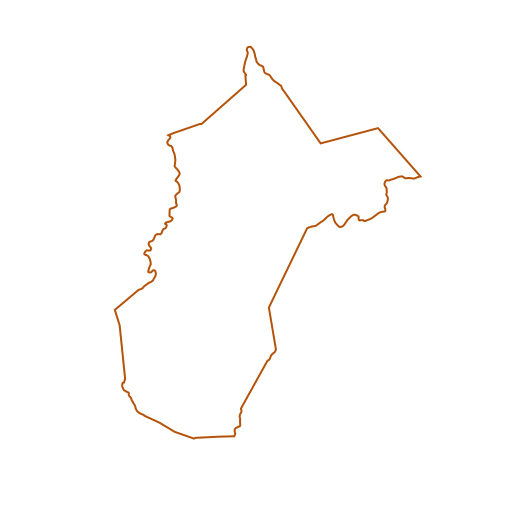 Nueva Armenia, Francisco Morazán, Honduras, rotated 201°
{"feature_id": "27666195B91464863052261", "entity_name": "Nueva Armenia", "entity_type": "district", "adm_level": 2, "iso_a3": "HND", "parent_name": "Honduras", "parent_adm1": "Francisco Morazán", "projection": "robinson", "projection_center": [-87.179, 13.75], "detail": "fine", "context": "isolated", "style": "outline", "palette": "amber", "viewbox_px": 512, "rotation_deg": 201, "n_neighbors": 0, "source": "geoboundaries", "source_scale": "gbopen_adm2", "svg_char_len": 6061}
<svg xmlns="http://www.w3.org/2000/svg" viewBox="0 0 512 512"><g transform="rotate(201 256 256)"><path d="M187.9,419.1L236.0,384.3L289.7,420.4L290.4,420.7L291.1,421.2L291.8,421.8L292.9,423.1L293.4,423.8L293.6,423.9L293.8,424.0L294.5,424.1L298.9,425.3L301.0,425.7L302.2,426.1L303.4,426.6L304.4,427.2L306.1,428.3L307.5,429.4L308.3,429.8L308.7,429.9L309.2,429.9L310.4,429.8L311.2,429.8L312.4,430.0L313.4,430.2L313.9,430.6L314.5,431.3L315.1,432.1L316.6,434.5L317.0,435.0L317.3,435.3L317.6,435.4L318.5,435.5L319.2,435.6L320.4,435.5L321.3,435.7L322.6,436.1L323.2,436.4L323.9,436.8L324.9,437.5L325.6,438.3L326.4,439.7L327.6,441.0L328.0,441.6L328.5,442.3L329.2,443.6L330.0,444.7L331.1,446.1L332.1,447.2L332.6,447.6L333.9,448.3L335.5,449.2L335.7,449.3L336.0,449.3L336.7,449.1L337.2,448.8L337.7,448.5L338.6,447.7L338.6,447.3L338.7,446.0L338.6,445.3L338.4,444.9L338.2,444.7L337.6,444.1L336.8,443.2L336.5,442.7L336.3,441.8L336.2,441.3L336.2,440.7L336.0,439.9L335.9,438.6L335.7,433.3L334.7,427.2L334.3,425.5L334.1,424.8L333.9,424.5L333.8,424.2L333.3,423.7L332.0,422.7L331.1,422.1L330.4,421.8L330.2,421.6L330.1,421.3L330.2,421.0L330.3,420.8L330.5,420.5L326.6,412.3L354.2,359.7L355.8,359.1L376.3,341.8L381.1,337.4L379.2,337.1L378.5,336.3L378.4,335.2L378.9,333.8L379.3,332.8L379.6,331.4L379.6,330.3L378.4,328.8L377.4,328.3L376.0,328.1L374.5,328.3L372.8,327.2L371.6,325.2L370.6,324.0L368.7,322.0L367.0,319.3L365.7,316.7L364.8,313.6L364.5,312.1L364.1,310.6L363.2,309.9L361.6,309.2L359.8,308.2L358.3,307.3L356.9,305.9L356.7,304.7L357.1,302.2L357.6,300.8L358.2,298.1L358.2,297.7L357.7,297.3L356.5,297.1L354.8,296.2L353.3,294.9L352.3,293.6L351.1,291.2L350.6,289.9L350.5,288.3L351.3,286.9L352.1,285.6L352.8,283.9L352.9,282.9L351.1,280.2L350.4,278.9L349.9,277.3L349.2,276.3L348.2,275.2L348.0,274.5L348.7,273.1L350.0,271.8L351.3,270.6L352.5,269.9L353.2,268.8L352.8,267.1L352.1,265.0L352.0,264.9L351.4,263.2L351.2,262.5L350.2,262.0L349.3,261.9L348.0,261.7L347.3,261.3L347.2,260.0L347.9,258.3L348.8,257.4L350.2,256.3L351.1,255.7L352.2,254.9L352.5,253.8L352.1,253.3L351.3,253.3L350.8,253.2L350.2,252.3L350.2,250.9L350.4,249.5L351.2,248.8L352.1,247.9L352.4,246.1L352.4,244.9L352.4,243.6L352.7,242.6L353.0,242.0L354.2,241.7L355.7,241.2L355.9,240.9L356.8,240.4L357.4,239.1L357.5,235.4L357.6,234.4L358.3,232.9L359.4,231.9L360.3,231.2L360.7,230.2L360.6,228.8L359.7,227.6L356.9,225.9L356.4,224.9L356.6,223.3L357.7,222.8L359.1,222.3L359.9,222.2L360.6,221.3L361.0,220.1L361.2,218.7L361.0,217.8L359.9,217.4L358.3,217.6L356.7,217.3L354.3,215.4L353.3,214.0L352.2,212.6L351.3,210.5L351.5,206.3L351.1,203.0L350.6,202.3L350.0,202.4L349.0,202.7L348.1,203.2L347.0,205.7L346.7,205.9L345.6,206.2L344.6,205.8L343.2,203.8L342.7,201.4L342.9,200.2L343.2,198.2L343.5,196.0L344.9,193.9L346.1,192.9L347.0,191.7L347.6,190.7L349.0,188.5L350.0,186.7L350.2,185.7L350.9,184.5L352.3,183.2L353.1,182.7L353.8,181.9L354.3,180.8L368.5,155.1L358.5,142.5L334.1,94.3L334.2,93.9L334.1,93.0L333.9,91.4L333.9,90.5L334.3,90.4L334.7,90.1L335.0,89.8L335.0,89.3L334.9,88.5L334.6,87.3L334.3,86.6L333.9,86.0L333.7,85.7L333.1,85.2L332.3,84.5L331.8,83.8L331.4,83.5L330.6,83.3L327.9,82.9L326.6,82.9L326.1,82.8L325.8,82.7L325.6,82.4L325.4,81.7L325.1,81.0L324.9,80.5L324.7,80.3L324.0,79.8L322.4,79.0L321.6,78.5L321.4,78.2L320.9,77.4L320.1,76.6L319.9,76.4L319.0,75.9L318.6,75.6L318.0,74.9L315.3,72.9L314.6,72.0L313.7,70.6L313.4,70.3L312.0,69.0L311.3,68.5L309.9,68.0L308.8,67.7L308.0,67.5L305.9,67.4L304.5,67.4L303.8,67.4L303.5,67.2L303.1,66.9L286.4,65.8L268.9,62.7L248.5,63.3L247.2,64.6L225.7,74.1L211.7,79.9L211.8,80.7L211.6,82.2L211.7,82.8L212.3,83.4L212.9,84.3L213.4,85.3L213.6,86.0L213.6,86.9L213.4,87.7L212.9,88.5L212.3,89.0L211.3,90.5L211.0,90.5L210.7,90.6L210.4,90.8L210.2,91.0L210.1,91.5L210.1,92.0L210.2,92.7L211.1,94.6L211.8,96.4L212.3,97.9L213.0,99.1L213.6,100.0L213.8,100.5L214.0,101.3L214.1,102.5L214.1,103.1L213.8,104.5L213.8,105.3L213.9,105.7L214.0,106.2L214.3,106.7L215.1,107.7L215.4,108.2L207.8,162.0L207.2,163.0L206.6,163.8L206.2,165.3L206.3,166.5L206.3,168.0L205.9,169.5L205.4,170.9L204.6,172.0L204.1,173.0L203.9,174.1L203.9,175.9L225.5,212.5L218.2,300.2L216.7,301.7L215.5,302.7L214.0,303.8L212.6,304.6L211.8,305.0L211.2,305.5L210.8,305.9L209.6,307.7L208.0,310.3L207.5,311.0L206.5,312.2L206.0,313.0L204.7,315.4L203.8,317.6L203.3,318.5L202.4,319.8L201.6,320.9L200.9,321.6L200.4,322.0L200.0,322.2L199.7,322.3L199.3,322.2L199.1,322.1L196.3,318.0L194.7,316.3L193.8,315.5L193.4,315.2L189.0,313.1L188.7,313.0L187.5,313.5L186.5,314.1L185.8,314.8L185.4,315.5L185.1,316.1L184.9,316.6L183.8,321.2L183.4,322.7L183.2,323.3L182.0,325.9L181.0,327.8L180.3,328.8L179.9,329.2L179.5,329.5L179.0,329.8L178.6,329.9L178.1,330.0L177.5,330.0L176.0,330.0L175.3,329.9L174.7,329.7L174.3,329.4L174.1,329.1L174.0,328.8L174.0,328.4L173.9,328.2L173.5,327.4L173.1,326.9L172.9,326.6L172.6,326.4L172.4,326.3L172.1,326.3L171.6,326.5L171.0,327.0L170.5,327.2L169.2,327.7L168.8,327.8L168.5,327.8L168.3,327.7L167.9,327.5L167.7,327.4L167.3,327.5L166.9,327.6L166.3,328.1L165.6,328.7L163.0,331.1L162.0,332.2L161.2,333.1L157.5,339.1L157.2,339.6L156.8,340.1L155.7,341.3L154.5,342.2L153.9,342.6L152.7,343.1L152.1,343.5L151.6,344.0L151.5,344.4L151.5,344.7L151.6,345.0L151.9,345.7L152.6,346.8L153.5,347.8L153.6,348.2L153.7,348.6L153.8,349.1L153.6,349.9L153.5,350.2L153.2,350.8L153.1,351.2L152.9,351.8L152.8,352.3L152.8,353.6L153.0,355.0L153.1,355.8L153.3,356.6L153.6,357.3L154.0,357.8L155.3,359.0L156.1,359.6L156.3,359.8L156.5,360.8L156.6,362.0L156.7,362.3L157.6,364.4L158.4,366.0L158.8,366.4L159.4,366.9L160.4,367.5L160.8,367.8L161.3,368.3L161.6,368.9L161.8,369.3L162.0,369.8L162.1,371.0L162.0,371.9L161.9,372.3L161.7,372.8L161.4,373.2L161.0,373.5L160.5,373.7L159.9,373.8L159.6,373.9L158.5,374.6L156.9,376.0L155.4,377.0L154.4,378.0L152.8,379.4L152.5,379.8L152.0,380.4L151.7,380.7L149.1,382.3L148.4,382.6L147.8,382.7L146.6,382.5L145.2,382.1L144.7,382.1L144.3,382.1L143.7,382.4L142.1,383.2L140.9,383.8L139.6,384.1L137.1,384.6L136.4,384.8L136.1,385.0L135.8,385.2L133.8,387.1L132.3,388.3L130.9,389.2L187.9,419.1Z" fill="none" stroke="#b45309" stroke-width="2"/></g></svg>